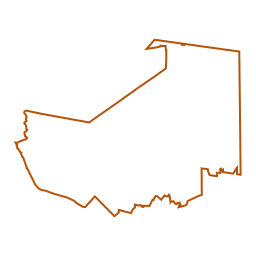 General Bravo, Nuevo León, Mexico
{"feature_id": "50627088B41623803853756", "entity_name": "General Bravo", "entity_type": "district", "adm_level": 2, "iso_a3": "MEX", "parent_name": "Mexico", "parent_adm1": "Nuevo León", "projection": "mercator", "projection_center": [-99.014, 25.824], "detail": "fine", "context": "isolated", "style": "outline", "palette": "amber", "viewbox_px": 256, "rotation_deg": 0, "n_neighbors": 0, "source": "geoboundaries", "source_scale": "gbopen_adm2", "svg_char_len": 4790}
<svg xmlns="http://www.w3.org/2000/svg" viewBox="0 0 256 256"><path d="M25.8,110.7L25.5,110.9L25.4,110.9L25.1,111.0L24.8,111.2L24.6,111.3L24.3,112.3L24.3,112.5L24.3,112.8L24.4,113.0L24.4,113.4L24.4,113.5L24.5,113.7L24.8,113.8L25.1,113.9L25.3,114.1L25.5,114.3L25.8,114.9L26.0,115.3L26.1,115.6L26.3,115.8L26.3,116.0L26.5,116.3L26.5,116.8L26.4,117.3L26.5,117.5L26.4,117.7L26.4,117.8L26.2,118.1L26.0,118.3L25.8,118.7L25.8,118.8L25.9,119.0L26.1,119.6L26.2,119.8L26.4,120.1L26.6,120.5L26.6,120.9L26.0,121.4L25.5,121.8L24.9,122.1L24.6,122.2L24.5,122.3L24.4,122.5L24.3,122.9L24.3,123.0L24.4,123.3L24.6,123.4L24.7,123.6L24.9,123.8L25.1,124.1L25.8,125.4L26.0,125.7L26.2,126.2L26.3,126.4L26.3,126.6L26.3,126.9L26.3,127.3L26.3,127.8L26.3,128.0L26.2,128.3L26.2,128.7L26.3,128.8L26.4,129.0L26.7,129.2L26.8,129.4L27.1,129.7L27.2,129.8L26.9,130.2L26.7,130.4L26.7,130.6L26.6,130.9L25.5,131.6L25.1,131.8L24.6,132.3L24.4,132.5L24.4,133.4L24.6,133.9L24.6,134.1L24.9,134.4L24.9,134.5L25.0,134.7L25.1,135.5L25.1,135.9L25.1,136.1L25.2,136.4L25.3,136.5L25.7,136.8L25.8,137.0L26.1,137.2L26.3,137.2L26.5,137.2L26.7,137.3L26.9,137.4L26.9,137.5L26.9,138.4L26.7,138.5L26.4,138.8L26.2,139.1L25.9,139.4L25.8,139.5L25.7,139.6L25.4,139.6L25.0,139.6L24.7,139.6L24.2,139.7L23.9,139.8L23.7,139.8L22.9,140.1L22.4,140.4L21.7,140.7L21.5,140.8L21.3,140.8L21.2,140.9L21.0,141.0L20.9,141.1L20.7,141.1L20.1,141.3L19.8,141.3L19.5,141.6L18.7,141.9L18.3,142.1L17.9,142.4L17.6,142.5L17.3,142.6L17.0,142.6L16.8,142.7L15.4,142.5L15.5,142.8L15.7,143.0L15.8,143.2L16.1,143.7L16.3,144.1L16.4,144.4L16.8,144.4L17.0,144.2L17.1,144.6L17.0,144.8L17.0,145.0L17.1,145.4L17.1,145.6L16.8,146.2L16.9,146.3L17.0,146.5L17.1,146.8L17.1,147.0L17.2,147.3L17.2,147.5L17.3,148.0L17.4,148.3L17.5,148.3L17.6,148.5L17.8,148.6L18.0,148.7L18.0,148.8L18.3,148.9L18.3,149.0L18.6,149.5L18.8,149.8L18.8,150.0L19.1,150.4L19.4,150.9L19.5,151.0L20.0,151.4L20.4,152.4L21.2,152.7L20.8,153.3L21.4,154.5L21.7,155.3L21.9,155.8L22.2,156.5L22.3,156.7L22.7,157.2L23.1,157.4L23.2,157.6L25.7,164.6L25.9,165.7L26.7,167.8L26.7,168.2L27.1,168.0L27.5,168.7L31.2,176.5L31.8,177.5L34.0,182.1L35.4,184.9L35.9,185.4L38.4,188.1L38.7,188.5L38.9,188.7L41.6,190.0L41.8,190.1L42.1,190.2L44.0,190.4L44.7,190.5L47.4,191.4L52.6,193.3L53.3,193.6L62.0,196.1L64.3,196.7L66.4,197.3L67.5,197.7L67.9,197.9L68.6,198.3L71.4,199.5L74.1,200.8L74.3,200.9L74.5,201.0L75.7,202.5L75.9,202.7L82.7,206.7L83.0,206.8L85.2,207.1L86.8,205.4L87.4,204.6L89.0,202.9L89.2,202.7L89.3,202.5L90.4,201.4L92.0,199.6L93.6,197.8L94.9,196.4L96.4,197.9L105.0,206.7L105.1,206.8L110.3,212.0L113.0,214.7L114.1,216.0L114.4,216.2L118.8,212.6L118.7,211.2L118.7,209.9L122.3,210.8L123.9,211.3L130.9,213.1L131.0,213.1L132.3,210.4L132.5,209.8L132.6,209.7L133.4,208.9L134.9,207.4L135.1,205.7L135.0,204.6L135.9,204.8L136.3,204.9L136.7,205.0L137.3,205.1L137.6,205.3L138.1,205.3L138.7,205.3L139.1,205.3L139.6,205.3L139.7,205.2L140.4,205.3L140.7,205.3L141.2,206.0L141.5,205.5L142.4,206.0L142.4,206.6L142.6,206.6L142.7,206.8L143.4,207.0L143.6,205.8L149.5,205.9L152.6,199.7L153.7,199.8L153.8,198.9L155.4,196.4L155.5,196.3L155.5,196.2L157.0,196.1L161.2,199.7L162.0,198.6L163.1,197.3L164.5,195.5L165.3,196.1L167.9,196.4L168.9,194.8L169.5,195.6L170.4,200.9L170.5,202.1L170.7,201.8L170.9,201.7L171.0,201.7L171.4,201.5L171.5,201.5L172.6,201.6L173.1,201.3L173.2,201.2L173.5,201.2L173.6,201.3L174.2,202.3L174.7,203.3L175.0,203.3L175.2,203.5L175.5,203.6L176.1,204.2L176.9,203.9L176.9,203.3L179.7,202.6L180.4,204.7L179.4,205.0L178.6,207.2L181.0,206.6L181.9,206.4L185.5,205.3L185.6,205.2L185.8,205.2L186.4,205.0L187.8,201.0L197.2,196.6L198.4,196.0L198.9,195.8L201.2,195.0L201.8,194.8L201.7,186.2L201.7,185.0L201.7,184.9L201.7,181.4L201.7,181.0L201.7,180.3L201.6,172.8L201.6,169.4L201.8,169.0L201.7,168.6L202.0,168.7L202.5,168.6L204.8,168.8L205.0,168.8L207.5,169.1L207.8,169.2L207.9,170.6L208.2,171.6L208.8,173.2L208.8,173.4L209.4,174.7L209.6,175.1L210.5,175.2L215.3,176.0L217.0,176.2L216.8,172.8L219.8,172.7L219.9,172.9L220.0,173.0L220.4,173.0L220.7,171.7L220.1,169.7L220.6,169.6L220.7,169.4L220.6,168.8L220.9,168.7L220.9,169.3L221.4,170.2L221.8,170.1L222.0,170.5L222.7,169.8L223.0,169.6L223.0,169.8L223.1,172.1L227.9,172.8L232.2,173.5L233.3,173.6L233.4,173.4L233.4,173.2L233.5,173.0L233.8,172.5L235.3,170.2L235.5,169.9L236.6,168.2L237.0,167.7L237.0,168.3L237.0,174.2L239.1,174.5L240.6,174.8L240.2,133.8L239.3,54.3L239.3,51.5L236.9,51.2L202.1,46.4L183.8,43.8L184.1,45.0L181.8,44.7L182.0,43.6L164.8,41.2L159.4,40.4L154.6,39.8L153.7,40.8L152.5,42.1L150.7,44.2L146.6,48.9L155.9,47.5L160.0,46.6L160.2,45.9L161.7,46.1L161.6,45.8L162.9,46.1L165.6,45.9L165.9,50.4L166.3,50.4L166.3,58.6L165.9,68.4L156.0,75.5L137.1,88.5L119.1,101.4L91.7,120.6L89.2,122.5L88.4,122.3L78.3,120.5L41.9,113.9L26.6,110.7L25.8,110.7Z" fill="none" stroke="#b45309" stroke-width="2"/></svg>